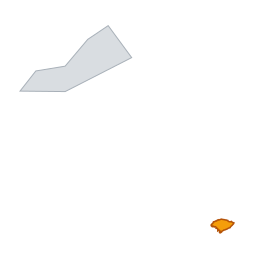 La Digue, La Digue and Inner Islands, Seychelles (highlighted), rotated 92°
{"feature_id": "34574756B18865708954128", "entity_name": "La Digue", "entity_type": "district", "adm_level": 2, "iso_a3": "SYC", "parent_name": "Seychelles", "parent_adm1": "La Digue and Inner Islands", "projection": "robinson", "projection_center": [55.838, -4.36], "detail": "fine", "context": "in_parent", "style": "filled", "palette": "amber", "viewbox_px": 256, "rotation_deg": 92, "n_neighbors": 0, "source": "geoboundaries", "source_scale": "gbopen_adm2", "svg_char_len": 3191}
<svg xmlns="http://www.w3.org/2000/svg" viewBox="0 0 256 256"><g transform="rotate(92 128 128)"><path d="M93.8,192.1L94.9,237.2L74.2,222.1L68.4,193.0L40.8,171.3L26.4,151.4L57.5,126.8L93.8,192.1Z" fill="#d9dde1" stroke="#a8b0b8" stroke-width="1"/><path d="M219.8,19.3L219.7,19.2L219.3,18.9L219.2,18.8L218.9,18.9L218.9,19.0L219.0,19.3L219.0,19.5L219.0,19.8L218.9,19.9L218.8,20.0L218.7,20.2L218.6,20.4L218.5,20.5L218.4,20.8L218.4,21.0L218.1,21.3L217.9,21.2L217.8,21.3L217.7,21.4L217.7,21.5L217.8,21.6L217.9,21.9L218.0,22.0L218.2,22.3L218.2,22.5L218.2,22.8L218.2,23.0L218.1,23.3L218.1,23.5L218.0,23.8L218.0,24.0L217.9,24.2L217.8,24.4L217.8,24.5L217.7,24.6L217.5,24.8L217.3,24.8L217.2,24.9L216.9,25.0L216.8,25.4L216.8,25.6L216.8,25.9L216.7,26.1L216.5,26.5L216.5,26.9L216.6,27.0L216.4,27.7L216.4,28.0L216.3,28.4L216.3,28.6L216.2,28.7L216.2,28.8L216.2,29.1L216.2,29.3L216.1,29.5L216.1,29.9L216.1,30.0L216.0,30.4L216.0,30.5L215.9,31.0L215.9,31.3L215.8,31.5L215.9,31.9L216.1,32.3L216.2,32.5L216.3,32.8L216.4,33.1L216.5,33.3L216.6,33.5L216.7,33.8L216.8,34.0L216.7,34.1L216.6,34.3L216.5,34.5L216.7,34.8L216.8,34.9L216.8,35.2L216.9,35.3L217.0,35.6L217.3,35.9L217.4,36.0L217.6,36.1L217.7,36.3L217.8,36.3L217.8,36.5L217.9,36.8L217.8,37.0L218.0,37.3L218.1,37.5L218.2,37.8L218.3,37.9L218.4,38.0L218.5,38.1L218.6,38.3L218.7,38.5L218.7,38.8L218.7,39.0L218.8,39.3L219.1,39.3L219.3,39.5L219.6,39.6L219.8,39.7L220.1,39.8L220.2,40.0L220.4,40.1L220.5,40.2L220.6,40.3L220.7,40.5L220.8,40.6L221.0,40.8L221.3,41.0L221.5,41.2L221.8,41.2L221.9,41.3L222.0,41.1L222.1,40.9L222.3,40.9L222.4,41.0L222.8,41.2L222.9,41.3L223.0,41.2L223.2,40.9L223.3,40.7L223.5,40.6L223.5,40.4L223.4,40.2L223.2,39.9L223.2,39.7L223.2,39.4L223.2,39.1L223.3,38.9L223.5,38.8L223.7,39.0L223.7,38.9L223.6,38.7L223.6,38.4L223.6,38.0L223.8,37.9L223.6,37.6L223.6,37.4L223.6,37.2L223.8,36.9L224.0,36.6L224.2,36.4L224.3,36.3L224.4,36.2L224.6,36.1L224.8,36.1L225.1,36.5L225.2,36.4L224.9,35.7L225.0,35.5L225.1,35.4L225.3,35.3L225.4,35.1L225.5,34.9L225.8,34.7L226.1,34.7L226.3,34.8L226.4,34.7L226.5,34.7L226.8,34.7L227.0,34.7L227.3,34.7L227.6,34.7L227.4,34.4L227.2,34.3L227.2,34.2L226.9,34.1L226.8,33.8L226.9,33.6L226.9,33.4L227.0,33.1L227.2,32.9L227.3,32.7L227.6,32.5L227.8,32.5L228.0,32.5L228.2,32.9L228.4,32.9L228.5,32.9L228.7,32.7L228.8,32.6L229.0,32.7L229.1,32.8L229.2,32.7L229.4,32.6L229.5,32.5L229.6,32.4L229.5,32.1L229.5,31.9L229.4,31.8L229.3,31.7L229.2,31.5L229.0,31.3L228.9,31.1L228.7,30.9L228.6,31.0L228.4,31.0L228.2,30.8L228.0,30.6L227.8,30.5L227.7,30.3L227.7,30.1L227.5,29.9L227.4,29.7L227.2,29.3L227.0,29.1L226.9,28.9L226.8,28.7L226.7,28.7L226.6,28.4L226.6,28.2L226.5,27.8L226.4,27.5L226.3,27.4L226.2,27.2L226.2,26.9L226.1,26.7L225.9,26.6L225.8,26.4L225.8,26.2L225.7,26.0L225.6,25.8L225.6,25.7L225.5,25.4L225.4,25.3L225.3,25.1L225.2,25.0L225.1,24.9L225.0,24.7L224.9,24.6L224.7,24.4L224.6,24.2L224.5,23.9L224.5,23.7L224.4,23.4L224.2,23.2L224.1,22.9L224.1,22.6L223.9,22.4L223.6,22.3L223.5,22.2L223.3,22.2L223.2,22.1L222.9,21.9L222.7,21.7L222.4,21.4L222.2,21.1L221.9,20.9L221.6,20.6L221.4,20.3L221.2,20.2L220.8,19.9L220.7,19.8L220.6,19.7L220.4,19.6L220.3,19.4L220.2,19.3L219.8,19.3Z" fill="#f59e0b" stroke="#b45309" stroke-width="1.5"/></g></svg>